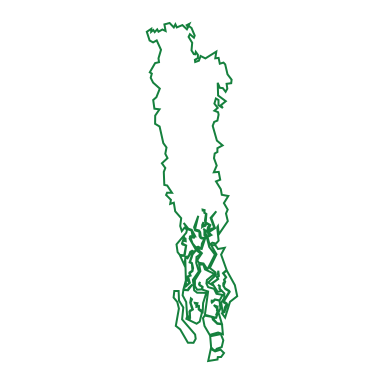 Satkhira, Khulna, Bangladesh (Equal Earth projection)
{"feature_id": "16705992B60176987344662", "entity_name": "Satkhira", "entity_type": "district", "adm_level": 2, "iso_a3": "BGD", "parent_name": "Bangladesh", "parent_adm1": "Khulna", "projection": "equal_earth", "projection_center": [89.15, 22.3], "detail": "fine", "context": "isolated", "style": "outline", "palette": "green", "viewbox_px": 384, "rotation_deg": 0, "n_neighbors": 0, "source": "geoboundaries", "source_scale": "gbopen_adm2", "svg_char_len": 6069}
<svg xmlns="http://www.w3.org/2000/svg" viewBox="0 0 384 384"><path d="M151.3,28.8L146.8,31.8L149.6,40.5L153.1,42.4L156.7,40.4L161.0,49.8L158.5,58.3L159.0,62.2L155.1,63.1L149.8,72.3L151.8,73.6L150.7,77.8L153.1,82.6L159.8,88.6L156.4,97.2L153.2,100.0L154.4,108.7L159.5,109.3L155.2,115.6L155.1,123.8L159.6,126.5L163.3,143.1L166.5,147.5L165.3,153.8L167.5,158.1L161.9,163.3L165.3,168.0L163.8,171.9L164.3,184.9L167.2,185.5L172.0,192.8L167.1,192.7L166.1,195.0L170.9,199.8L170.2,203.9L173.8,202.7L175.2,211.3L181.2,218.2L180.2,226.0L181.8,231.1L184.5,227.7L187.0,229.6L186.3,232.7L176.5,244.4L177.6,252.1L179.8,254.9L184.2,255.4L186.0,245.5L182.6,244.5L182.1,243.9L182.0,243.4L183.1,240.2L185.5,241.0L185.4,239.0L183.9,239.2L183.5,238.1L183.7,237.5L185.0,237.1L183.6,238.1L185.5,238.7L185.7,241.2L183.2,240.6L182.1,243.4L186.2,245.5L184.8,254.7L184.1,255.9L180.2,255.9L184.5,265.3L185.4,257.0L186.1,256.7L187.3,257.7L187.6,256.5L188.7,256.0L190.3,251.8L192.2,250.8L193.5,251.4L194.1,252.3L195.9,249.7L189.6,238.6L190.4,236.2L194.4,236.3L192.3,234.6L191.6,230.6L187.9,229.3L183.7,222.9L188.3,228.7L191.7,229.8L195.1,236.1L194.0,237.7L190.3,237.2L192.6,243.5L195.9,247.4L198.2,246.7L201.4,248.5L201.9,243.6L204.4,238.7L201.4,238.4L200.5,237.8L199.5,236.0L199.4,231.7L195.1,230.4L194.1,227.2L198.3,215.8L195.0,229.4L199.1,230.5L200.2,232.2L200.9,237.6L204.0,237.9L204.9,239.1L201.7,249.0L196.4,247.9L201.9,253.2L197.2,260.2L198.9,262.8L203.5,263.5L207.4,269.4L214.9,254.6L209.2,246.9L207.2,238.8L204.4,235.2L204.4,229.6L207.1,231.6L208.0,227.1L209.9,225.3L206.5,223.6L205.4,225.8L202.2,226.8L202.2,225.0L203.5,222.0L202.4,226.6L205.9,223.5L204.9,220.8L206.0,213.7L204.3,212.8L204.4,210.5L202.7,210.5L202.6,209.6L204.6,210.1L204.4,212.6L206.4,214.0L205.7,222.4L210.3,225.0L207.7,232.1L204.5,230.7L206.9,236.5L210.8,235.0L208.1,233.8L208.5,231.2L211.2,228.9L214.3,228.0L210.6,217.9L216.3,211.3L211.3,217.9L215.0,228.2L208.7,232.3L211.3,235.0L207.5,237.0L209.6,244.6L212.4,242.7L216.0,243.6L218.6,240.7L217.2,227.3L217.9,226.2L218.8,234.3L227.8,221.1L226.0,213.5L227.7,209.6L223.9,203.1L228.3,196.0L221.8,194.8L220.8,189.2L216.0,181.4L220.2,179.7L218.7,171.9L213.8,172.3L216.7,165.6L214.0,158.2L214.7,153.5L217.4,152.0L217.4,148.2L222.6,145.4L216.9,140.6L212.7,125.9L214.2,121.9L217.4,120.6L218.6,114.7L218.1,112.2L214.4,110.7L217.7,107.9L214.4,103.6L215.9,98.5L218.5,100.0L218.5,105.2L222.8,108.0L220.9,105.2L225.8,101.2L218.1,95.5L217.7,82.8L219.8,87.8L222.8,88.1L225.6,91.8L227.3,88.7L226.6,83.8L231.2,83.2L231.6,79.7L227.5,74.3L225.2,64.4L223.5,62.6L219.8,63.7L218.6,57.9L215.3,58.3L216.3,51.6L205.4,58.4L200.6,56.0L198.9,60.7L195.2,62.0L194.9,59.8L197.9,58.1L197.9,54.8L195.8,51.9L195.3,54.3L193.8,54.1L191.5,50.4L192.2,42.8L188.6,36.9L189.9,34.2L193.9,37.7L194.7,35.6L191.5,28.0L188.5,25.8L189.4,23.8L186.7,25.2L188.0,27.2L186.9,29.3L182.4,25.1L176.8,27.4L175.4,24.3L173.8,27.4L169.6,23.0L164.4,24.4L165.6,31.0L162.4,29.5L158.5,31.7L157.2,29.4L154.7,32.1L153.3,30.0L151.2,31.8L151.3,28.8ZM196.2,262.8L196.5,257.0L200.9,253.8L196.2,250.1L192.5,254.5L191.6,257.7L190.0,261.8L192.0,263.1L193.1,268.1L192.5,271.1L189.7,273.3L190.6,275.6L188.1,276.5L189.8,282.9L186.0,286.3L185.0,283.6L183.5,289.2L187.6,290.2L188.8,288.0L192.3,284.5L188.0,290.3L183.4,289.9L182.6,295.3L186.2,302.1L187.1,315.6L189.7,317.9L189.4,311.6L190.0,310.5L192.4,309.7L190.2,302.6L190.9,298.4L192.0,299.3L190.6,302.7L192.9,309.5L189.8,311.4L190.1,317.9L189.5,318.2L187.1,316.6L186.4,318.8L196.6,323.7L199.7,321.6L202.0,312.3L198.7,309.5L198.7,306.1L196.6,306.8L196.2,305.2L197.2,303.4L195.0,303.4L194.8,302.8L197.4,303.2L196.6,306.3L198.1,305.7L199.0,306.1L198.9,309.3L200.6,309.8L202.2,311.9L202.6,313.5L203.1,303.1L206.3,292.9L197.1,292.7L194.2,290.4L192.9,279.8L198.8,271.4L196.2,262.8ZM203.2,264.4L199.2,264.7L200.4,271.2L194.9,280.1L194.9,286.2L197.2,289.7L201.5,289.4L202.4,286.9L199.8,285.5L199.1,284.6L199.2,283.5L200.0,281.9L199.3,284.6L202.6,286.8L202.3,289.6L208.1,291.5L204.9,314.8L215.6,317.7L216.4,316.6L216.7,313.4L217.5,311.9L216.9,310.3L217.1,309.1L216.6,308.1L217.2,306.9L215.9,307.2L213.8,305.1L217.4,306.6L217.8,311.9L216.9,313.5L218.3,313.1L220.4,308.3L219.5,300.7L215.3,299.6L212.2,302.4L211.6,301.9L211.8,299.7L212.0,302.1L214.8,299.4L219.6,300.4L222.6,294.9L216.5,293.8L214.0,288.8L208.1,287.1L206.4,283.5L206.9,280.0L214.4,273.9L205.0,269.4L203.2,264.4ZM218.0,249.0L215.4,245.3L211.0,245.0L216.5,254.3L209.8,268.0L215.5,272.4L215.9,275.1L208.0,282.6L213.1,285.4L212.0,283.1L218.0,279.0L216.9,277.2L217.0,276.9L218.7,276.0L217.9,274.3L218.2,271.5L218.3,270.7L218.9,276.0L218.6,276.4L217.1,277.1L218.2,279.0L212.3,283.4L217.7,291.9L221.4,291.0L219.4,288.7L219.5,286.0L218.0,284.8L219.8,286.0L219.8,288.7L224.4,293.5L224.1,298.3L221.2,302.7L222.5,311.3L224.2,311.6L224.8,307.4L226.8,304.2L224.2,302.8L223.6,302.1L223.5,301.4L229.3,291.4L225.4,289.1L223.3,285.9L223.3,283.3L223.8,282.5L224.8,282.0L224.0,279.8L226.0,277.3L223.0,273.2L226.6,270.0L221.1,254.6L224.7,247.8L218.0,249.0ZM195.1,334.5L182.1,319.4L183.3,307.5L179.0,300.5L178.6,291.0L174.3,291.0L173.6,297.5L177.3,302.0L178.9,308.5L175.8,325.9L180.2,329.4L187.9,342.7L193.5,342.8L195.7,338.8L195.1,334.5ZM225.1,317.6L230.0,301.8L237.2,296.2L234.9,285.2L226.8,270.6L223.3,273.2L226.2,277.2L224.2,279.7L225.2,281.6L223.6,285.7L224.9,288.2L229.1,290.8L229.7,291.8L223.8,301.5L226.6,303.3L227.1,304.5L224.4,312.1L221.9,313.3L225.1,317.6ZM212.4,317.0L204.7,315.6L203.0,318.1L204.5,326.0L209.7,334.9L218.1,332.5L222.9,334.2L222.0,324.3L217.3,323.8L212.8,319.5L212.4,317.0ZM220.8,334.1L210.2,336.3L211.1,347.3L213.2,349.6L215.4,350.7L216.7,348.8L221.7,347.1L223.3,340.3L220.8,334.1ZM189.6,262.4L192.1,254.6L193.6,252.8L192.1,251.1L187.5,258.3L185.7,257.2L185.3,259.5L186.0,285.7L189.6,282.6L187.8,280.8L187.7,276.4L190.2,275.5L189.3,273.3L189.5,272.5L192.4,270.6L191.9,263.3L189.6,262.4ZM215.1,351.4L210.8,348.9L208.2,361.0L217.5,359.5L217.8,357.1L221.1,357.0L224.0,353.0L220.6,349.7L215.1,351.4ZM221.9,323.9L219.0,314.1L217.5,313.9L216.2,317.8L212.6,318.1L217.2,323.2L221.9,323.9Z" fill="none" stroke="#15803d" stroke-width="2"/></svg>